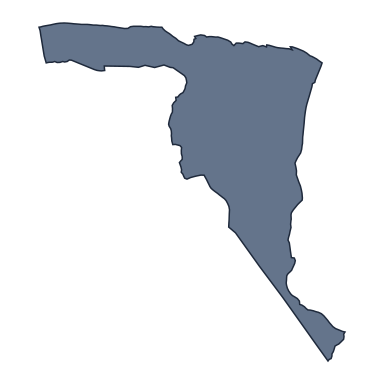 outline of Acaraú, Ceará, Brazil
{"feature_id": "56859067B6920574376771", "entity_name": "Acaraú", "entity_type": "district", "adm_level": 2, "iso_a3": "BRA", "parent_name": "Brazil", "parent_adm1": "Ceará", "projection": "albers", "projection_center": [-40.098, -3.061], "detail": "fine", "context": "isolated", "style": "filled", "palette": "slate", "viewbox_px": 384, "rotation_deg": 0, "n_neighbors": 0, "source": "geoboundaries", "source_scale": "gbopen_adm2", "svg_char_len": 3882}
<svg xmlns="http://www.w3.org/2000/svg" viewBox="0 0 384 384"><path d="M322.1,62.9L319.0,60.8L316.6,59.0L313.7,57.4L312.0,56.5L310.0,55.8L306.7,53.1L303.4,51.1L297.4,48.6L292.4,46.9L290.4,46.8L292.1,49.8L289.1,48.8L286.1,48.6L283.7,48.3L280.4,48.0L277.8,47.7L275.9,47.3L271.5,46.0L269.0,45.3L266.8,44.9L266.5,46.9L262.8,45.6L260.7,46.1L258.7,46.7L255.0,45.2L252.1,44.0L250.3,43.2L248.0,42.3L245.0,41.9L242.9,43.6L239.1,43.1L236.2,43.1L233.9,45.6L232.0,44.1L230.7,42.0L227.7,40.2L220.7,37.8L217.9,37.0L215.8,37.1L211.5,36.6L209.3,36.6L206.6,37.0L204.6,35.5L200.7,34.9L198.0,35.5L194.6,36.4L195.8,38.5L194.0,39.3L193.8,41.9L192.1,44.3L188.4,45.4L186.3,44.7L184.2,43.5L180.8,41.9L178.4,40.7L175.8,38.3L172.7,36.3L170.8,34.7L169.2,33.5L167.4,32.4L165.2,30.9L163.2,29.0L161.9,27.2L159.4,27.2L157.2,27.1L155.0,26.9L153.1,26.7L151.2,26.3L148.6,26.9L146.0,26.6L143.7,26.7L141.0,26.3L138.8,26.3L136.1,26.3L133.4,26.3L130.5,26.7L127.9,28.4L124.5,28.5L116.7,27.3L114.7,26.9L111.3,26.5L109.5,26.2L107.1,25.9L104.5,25.7L102.6,25.4L100.3,25.5L96.5,25.1L93.6,25.1L89.6,24.6L87.2,24.4L83.6,24.4L81.3,24.4L79.4,24.2L76.9,24.0L74.0,23.8L71.5,23.5L68.0,23.2L64.3,23.0L59.7,23.2L56.6,23.6L52.7,24.4L50.7,24.9L45.4,25.8L42.8,26.3L40.8,26.9L39.0,27.2L40.1,30.6L40.9,36.0L41.4,38.8L43.1,49.3L44.2,56.0L46.2,62.9L49.0,62.3L52.6,62.2L54.7,61.5L57.1,62.5L60.0,62.4L62.7,61.5L64.6,62.0L67.2,61.5L69.3,60.0L71.5,60.2L94.2,69.5L97.0,70.4L99.1,70.7L101.4,70.9L104.7,70.5L104.4,68.0L104.3,66.0L130.0,66.4L138.5,67.3L145.0,65.3L154.6,67.5L164.0,65.0L166.6,66.0L170.3,67.4L173.1,67.7L184.4,75.6L185.9,77.9L186.4,80.1L186.8,82.8L185.5,85.9L185.1,88.5L184.2,90.4L183.0,92.6L180.6,93.9L179.2,95.2L177.8,97.0L175.7,97.3L176.1,100.4L173.7,102.8L172.2,105.4L172.5,108.5L172.4,112.2L171.3,114.1L170.5,116.2L169.9,118.3L169.1,121.4L168.6,124.2L169.2,126.3L170.7,128.7L171.3,130.9L171.5,133.6L171.3,135.8L171.6,137.8L171.8,141.0L172.8,144.6L175.4,144.4L177.3,144.9L180.0,145.6L181.6,147.5L181.3,150.4L181.4,153.8L182.2,156.6L182.2,159.4L180.8,160.9L179.4,162.6L180.1,164.5L181.0,167.1L181.6,169.9L181.2,172.2L182.9,174.2L183.7,176.2L184.7,178.2L187.0,179.1L190.7,177.5L195.2,176.3L197.0,175.9L200.9,175.1L204.1,175.2L205.3,177.4L206.6,179.7L207.8,182.2L209.0,184.6L209.9,186.5L211.1,188.3L212.9,189.9L215.1,191.6L217.6,193.4L219.4,194.9L221.0,196.1L222.5,197.3L224.4,198.7L226.1,200.6L227.6,203.4L228.9,206.4L229.5,209.8L229.3,213.5L229.2,216.6L229.1,220.0L228.9,222.9L228.8,225.0L228.7,227.1L235.5,232.8L259.6,266.5L282.5,297.1L290.2,307.9L309.8,335.5L311.4,337.8L328.0,361.0L329.2,359.4L331.1,358.6L331.9,356.2L332.0,353.8L333.3,351.7L334.2,349.0L335.0,346.1L336.8,345.0L338.8,344.0L340.8,342.1L343.6,339.3L344.0,336.7L343.7,334.1L345.0,332.0L342.4,331.4L340.1,330.4L338.1,329.6L335.6,328.6L332.8,326.6L331.0,324.5L329.4,322.7L327.8,320.5L325.6,317.9L323.8,315.8L321.4,313.7L318.4,312.3L316.0,311.7L313.4,310.8L310.3,310.1L307.8,309.9L305.8,308.2L304.5,306.8L301.9,305.1L299.7,304.4L299.4,301.1L297.4,298.6L294.9,297.0L292.3,295.5L290.7,293.9L288.7,291.0L287.4,288.3L286.6,285.5L286.2,283.1L286.5,280.0L286.6,277.7L286.8,275.6L288.1,273.6L289.9,272.0L291.6,270.3L292.6,268.0L293.5,266.1L294.7,263.4L295.3,260.6L294.3,258.0L291.4,257.6L290.4,250.9L290.0,247.7L289.3,242.8L288.0,240.1L288.5,237.6L289.5,234.1L290.0,231.5L291.0,227.5L290.6,224.3L290.9,221.1L291.2,219.2L291.0,214.9L291.4,212.8L293.3,209.9L297.6,204.6L299.0,203.2L302.2,200.1L302.4,197.9L302.2,195.7L302.0,193.2L301.4,190.1L300.4,186.0L298.7,181.8L297.5,178.3L296.3,174.9L296.5,170.9L296.0,167.7L295.0,163.1L296.0,160.8L297.5,157.8L300.6,153.0L301.6,149.5L302.1,145.4L302.5,143.5L302.7,137.0L303.0,134.7L303.3,131.3L304.1,123.6L304.6,117.2L305.2,112.7L305.5,110.7L306.1,107.2L306.9,103.9L307.6,101.6L308.1,99.8L309.0,96.9L310.8,90.6L311.9,86.8L312.4,83.7L314.8,82.4L315.4,79.9L321.0,66.2L322.1,62.9Z" fill="#64748b" stroke="#1e293b" stroke-width="1.5"/></svg>